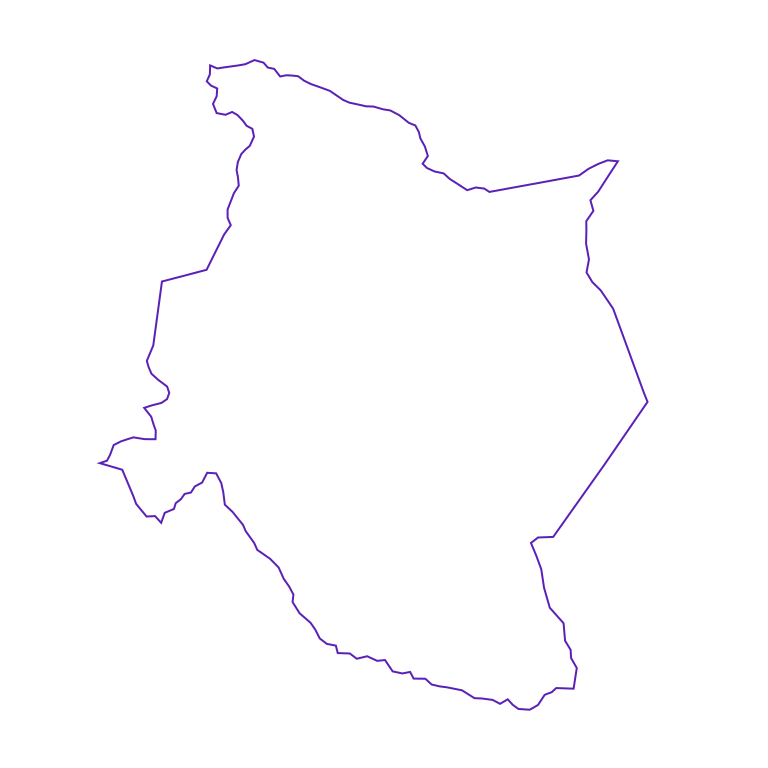 Inhumas, Goiás, Brazil (orthographic projection), rotated 102°
{"feature_id": "56859067B39938003702048", "entity_name": "Inhumas", "entity_type": "district", "adm_level": 2, "iso_a3": "BRA", "parent_name": "Brazil", "parent_adm1": "Goiás", "projection": "orthographic", "projection_center": [-49.521, -16.312], "detail": "fine", "context": "isolated", "style": "outline", "palette": "violet", "viewbox_px": 768, "rotation_deg": 102, "n_neighbors": 0, "source": "geoboundaries", "source_scale": "gbopen_adm2", "svg_char_len": 2454}
<svg xmlns="http://www.w3.org/2000/svg" viewBox="0 0 768 768"><g transform="rotate(102 384 384)"><path d="M108.5,620.3L117.4,618.7L124.8,620.3L128.1,615.2L129.6,608.6L137.3,607.5L145.6,609.5L153.8,604.0L153.6,595.0L149.5,589.1L151.4,583.2L155.9,576.6L160.0,572.1L161.8,565.8L169.0,562.6L179.0,564.8L183.5,568.3L188.7,571.4L197.3,573.1L205.3,572.7L212.0,569.9L220.2,567.3L228.6,570.5L236.2,571.7L245.8,573.3L254.0,571.5L260.5,566.9L271.1,571.5L309.2,581.3L329.9,622.5L394.2,617.7L410.7,620.8L416.5,617.7L422.4,613.5L427.0,605.5L431.6,595.6L437.4,592.2L443.9,593.1L448.8,597.8L453.1,606.5L457.2,613.6L464.4,604.9L471.8,600.8L476.9,597.6L485.5,596.0L487.7,606.6L488.3,618.0L491.2,623.2L494.7,629.2L499.9,635.7L510.2,637.2L516.6,639.0L520.5,645.5L522.3,622.2L545.2,606.3L552.8,601.5L563.0,588.7L560.8,580.5L566.1,573.1L555.6,571.7L549.9,563.5L543.8,562.9L538.9,558.7L533.0,556.2L530.3,550.3L523.5,547.7L518.2,541.4L507.6,538.5L506.3,529.6L514.7,522.6L523.3,518.7L535.1,514.6L540.7,505.4L545.8,499.2L551.1,492.6L556.6,488.8L566.4,478.0L572.6,473.5L578.7,459.0L585.4,448.9L595.5,441.5L601.7,434.8L608.8,428.8L616.3,428.1L625.8,418.9L632.9,406.1L638.7,400.0L646.2,394.0L650.1,385.9L649.9,376.7L656.8,373.3L654.7,361.4L658.4,353.5L653.8,343.9L656.2,333.1L653.8,325.6L663.3,315.8L663.3,305.8L660.2,298.6L666.0,293.8L663.7,282.3L668.0,275.0L668.2,266.9L667.6,259.3L667.4,244.0L672.5,230.2L671.3,223.2L670.4,212.1L672.7,204.0L666.7,197.4L671.1,191.3L673.9,184.9L672.3,173.7L665.9,166.6L654.6,162.2L650.5,155.8L645.6,152.3L642.6,135.2L621.7,136.4L613.2,144.0L605.2,146.2L597.5,153.5L580.7,158.6L568.4,175.3L550.0,185.1L532.6,191.6L520.5,199.2L508.9,207.2L502.1,201.4L498.4,186.7L417.0,151.6L346.7,122.5L338.5,128.0L262.7,175.5L255.3,183.2L247.3,191.6L241.0,201.4L232.8,209.1L219.5,209.4L204.8,215.5L191.0,218.1L182.7,220.0L171.1,215.2L161.3,220.3L151.4,214.5L132.2,207.2L117.5,201.5L118.7,211.7L124.2,220.2L130.9,228.6L139.5,236.5L174.2,320.8L172.0,326.6L172.7,335.1L177.1,342.9L169.7,362.4L165.6,369.4L165.6,378.7L163.8,386.9L160.5,392.0L151.9,388.5L143.3,393.3L136.2,399.5L130.4,402.2L124.6,407.1L123.4,414.0L117.9,424.9L115.1,434.8L115.5,441.9L114.8,452.1L116.1,459.1L116.0,466.8L116.0,476.4L114.6,483.1L108.5,498.0L107.0,508.6L105.8,517.9L103.9,525.3L100.8,532.0L101.4,538.0L102.3,543.7L104.8,549.5L98.6,556.9L98.6,563.5L94.7,568.7L94.1,578.1L100.0,586.1L103.0,593.6L107.6,606.4L110.0,612.7L108.5,620.3Z" fill="none" stroke="#5b21b6" stroke-width="2"/></g></svg>